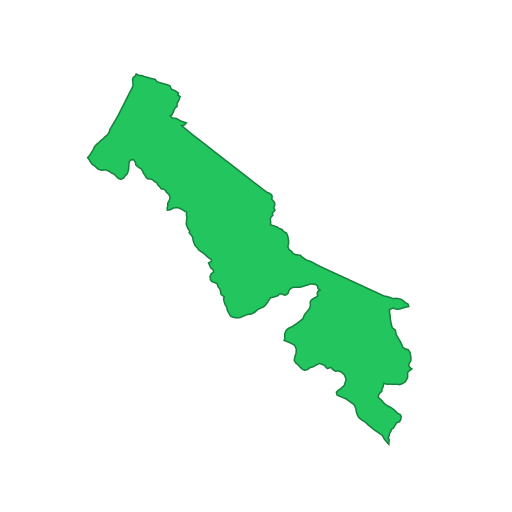 the district of Presidente Bernardes, São Paulo, Brazil, rotated 290°
{"feature_id": "56859067B75920371032685", "entity_name": "Presidente Bernardes", "entity_type": "district", "adm_level": 2, "iso_a3": "BRA", "parent_name": "Brazil", "parent_adm1": "São Paulo", "projection": "natural_earth1", "projection_center": [-51.643, -22.106], "detail": "fine", "context": "isolated", "style": "filled", "palette": "green", "viewbox_px": 512, "rotation_deg": 290, "n_neighbors": 0, "source": "geoboundaries", "source_scale": "gbopen_adm2", "svg_char_len": 4788}
<svg xmlns="http://www.w3.org/2000/svg" viewBox="0 0 512 512"><g transform="rotate(290 256 256)"><path d="M385.7,84.6L386.1,81.1L383.9,81.1L382.0,79.6L380.0,79.6L377.2,80.8L374.0,82.3L339.7,78.2L324.8,75.4L322.0,75.7L319.0,74.9L316.3,73.3L313.7,72.1L311.3,70.6L308.6,69.4L306.3,67.9L303.0,66.8L299.7,66.7L297.4,66.0L295.5,65.7L293.3,65.1L290.8,64.1L289.7,66.0L287.8,68.2L285.9,71.2L285.3,74.1L283.6,77.7L283.7,81.7L285.5,84.9L285.4,89.0L284.6,92.1L284.3,94.8L283.0,97.5L281.7,100.5L281.9,102.9L284.0,105.0L286.4,105.5L288.5,106.7L291.0,106.9L293.4,106.7L296.1,106.1L298.9,105.1L300.7,104.8L303.0,105.1L304.7,107.9L303.0,110.5L300.5,111.9L299.0,115.7L298.7,118.1L297.0,120.4L295.2,122.0L294.1,123.8L292.5,125.5L291.5,127.7L292.4,131.2L292.1,133.4L291.1,135.5L290.9,137.9L289.3,139.3L288.2,141.6L286.6,144.2L287.3,146.4L286.6,148.5L285.2,150.1L284.2,152.9L281.8,155.3L278.5,155.5L275.5,155.0L273.0,155.9L270.7,156.1L268.7,157.0L270.2,159.7L272.9,162.0L274.6,165.7L274.7,168.4L274.2,171.3L273.4,176.0L270.5,176.6L268.8,177.9L266.5,178.3L264.5,179.0L262.2,179.4L260.7,180.7L258.2,182.9L256.9,185.2L255.1,185.2L253.4,188.0L252.2,189.9L250.4,190.9L248.7,191.9L245.1,195.0L243.8,197.6L242.1,200.1L241.2,203.4L240.3,206.9L239.3,209.0L238.1,212.0L237.5,215.2L235.7,216.1L233.3,213.7L229.3,217.6L228.6,220.1L226.6,221.7L223.9,220.0L220.9,219.8L218.1,221.4L216.9,223.0L216.7,228.9L214.3,230.7L212.4,233.6L210.5,234.8L207.9,236.3L206.8,240.1L204.7,240.1L202.3,241.6L199.8,243.6L197.7,246.3L195.4,247.4L192.7,250.4L190.8,252.6L190.6,255.3L191.3,259.3L192.8,262.2L195.8,265.3L198.4,268.4L199.7,271.2L202.7,274.1L206.3,275.9L208.3,277.9L210.9,280.6L213.5,281.9L218.6,283.2L221.8,283.9L223.2,286.4L226.1,290.1L228.2,291.0L229.2,293.0L228.9,296.3L230.2,297.9L232.1,298.9L235.7,298.8L238.9,301.1L240.0,303.5L241.7,308.0L242.8,309.7L245.1,312.6L246.7,314.8L248.4,316.8L249.7,321.7L248.7,324.2L246.7,325.2L245.8,328.0L244.2,326.3L241.9,326.2L239.7,327.6L238.0,326.6L235.3,324.2L233.2,322.9L231.2,322.7L228.7,323.8L225.9,324.3L223.2,323.7L220.4,322.7L218.6,322.0L216.5,321.6L213.0,321.5L206.8,317.6L202.2,314.3L199.1,311.1L196.7,309.8L194.0,309.6L191.8,309.8L188.5,311.3L186.2,311.3L186.3,313.5L186.0,318.1L185.5,322.2L184.2,324.0L182.2,325.7L178.9,326.8L175.4,326.9L171.0,327.6L169.0,330.1L168.2,332.7L166.6,335.5L165.6,337.9L165.2,340.6L166.8,343.2L169.8,345.1L171.1,347.2L173.7,349.5L176.7,352.3L176.8,354.7L176.7,357.4L175.5,359.6L174.6,361.5L176.9,364.5L175.3,367.8L174.9,370.2L176.1,372.2L176.1,375.9L174.4,379.9L172.6,381.4L171.2,382.9L164.5,383.2L162.0,381.8L159.9,380.9L158.0,379.2L155.5,378.1L153.0,379.8L152.6,387.6L152.4,390.1L151.7,392.4L150.8,395.6L150.1,398.4L148.8,400.2L146.5,402.1L144.0,403.5L141.6,405.3L139.6,407.5L138.7,409.4L138.0,411.7L137.3,415.5L135.8,418.7L133.2,426.2L132.5,428.7L131.9,431.3L130.7,435.9L127.9,439.1L125.7,442.8L124.5,445.2L127.2,444.4L129.0,444.1L130.2,442.3L132.4,442.7L134.9,442.1L137.3,442.7L139.3,442.6L141.3,444.0L144.3,444.5L147.7,445.4L149.3,447.6L152.0,447.9L154.4,447.5L156.2,446.0L156.7,442.7L157.9,440.2L158.9,437.8L159.9,434.1L160.2,430.5L161.3,426.9L163.5,423.1L164.9,419.3L167.5,418.8L169.9,419.3L171.7,420.6L173.4,419.9L176.9,420.2L180.1,419.7L180.3,423.2L181.4,425.6L182.5,429.4L183.5,431.8L184.3,435.1L186.5,437.6L189.0,439.3L193.4,440.1L196.1,439.2L198.4,438.3L200.6,439.3L203.2,441.1L204.0,438.5L205.7,436.7L208.2,436.9L210.9,437.3L213.8,436.2L216.5,434.6L218.3,433.5L220.0,431.0L219.8,428.3L220.2,425.5L221.6,424.1L223.5,422.4L225.1,420.8L227.0,418.3L229.6,415.3L231.4,413.7L234.0,412.4L235.1,408.7L237.5,406.9L240.8,404.9L243.1,403.6L245.8,402.5L248.5,400.9L251.2,399.7L253.9,402.4L254.0,406.4L255.3,409.1L257.6,412.1L259.7,415.0L260.7,416.9L262.9,415.2L263.1,412.5L264.0,410.5L264.9,407.7L264.6,404.5L264.2,402.2L262.8,399.3L262.9,396.0L262.7,392.7L262.2,390.2L268.1,319.9L268.6,316.1L269.3,311.6L269.6,308.1L269.3,305.4L270.0,302.6L270.8,299.8L271.8,297.5L271.2,294.6L270.8,292.4L271.0,290.1L272.5,287.8L273.2,285.2L275.4,282.8L279.3,282.3L282.4,280.9L285.3,279.2L288.0,276.8L288.5,273.3L289.9,271.3L289.8,268.1L290.5,266.0L290.3,259.1L293.1,258.1L295.7,256.8L297.8,256.9L300.1,257.9L301.6,256.7L305.5,258.2L307.4,256.1L310.0,256.3L312.7,255.1L314.8,251.2L317.0,251.1L318.8,249.8L319.6,247.2L319.6,244.4L321.2,239.2L324.5,228.9L328.8,215.6L338.6,185.0L342.6,172.7L343.7,169.5L348.2,155.2L353.0,141.5L354.7,144.0L357.3,145.0L357.2,142.6L357.1,139.3L358.0,134.2L357.0,129.9L358.5,127.5L359.9,128.9L363.5,129.0L367.4,129.3L369.6,130.7L372.2,129.5L375.3,130.2L377.3,130.2L379.9,130.2L380.3,127.5L382.6,127.4L383.7,123.5L383.7,119.8L385.0,118.3L386.6,116.8L386.5,113.2L386.3,110.2L386.0,106.4L385.9,103.2L387.5,101.0L387.2,98.3L386.8,95.6L386.8,93.0L386.4,90.7L386.5,86.7L385.7,84.6Z" fill="#22c55e" stroke="#15803d" stroke-width="1.5"/></g></svg>